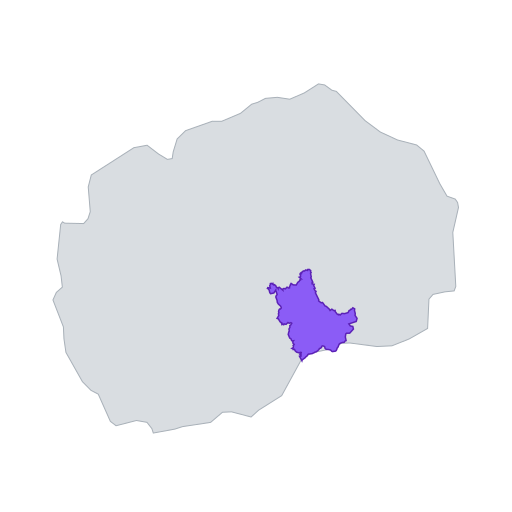 Kavadartsi, Kavadartsi, North Macedonia shown in context, rotated 353°
{"feature_id": "65306769B96152204239158", "entity_name": "Kavadartsi", "entity_type": "district", "adm_level": 2, "iso_a3": "MKD", "parent_name": "North Macedonia", "parent_adm1": "Kavadartsi", "projection": "mercator", "projection_center": [22.001, 41.309], "detail": "fine", "context": "in_parent", "style": "filled", "palette": "violet", "viewbox_px": 512, "rotation_deg": 353, "n_neighbors": 0, "source": "geoboundaries", "source_scale": "gbopen_adm2", "svg_char_len": 4291}
<svg xmlns="http://www.w3.org/2000/svg" viewBox="0 0 512 512"><g transform="rotate(353 256 256)"><path d="M229.4,117.0L238.4,118.1L258.0,112.5L270.2,104.8L276.4,103.7L284.6,100.7L296.5,101.1L308.6,104.5L323.9,100.0L339.0,92.8L345.0,94.6L351.5,100.7L355.8,102.4L380.8,135.0L394.5,148.1L410.6,158.1L429.0,165.4L435.6,172.4L447.3,206.8L452.9,219.9L460.7,223.8L462.6,227.5L462.9,232.5L454.2,256.6L450.6,310.5L448.4,314.8L439.2,314.6L427.0,315.7L422.4,319.9L417.5,348.8L397.9,357.0L380.0,361.7L365.0,360.6L338.6,353.8L330.0,353.0L322.6,356.9L299.1,359.0L288.7,364.0L264.5,397.7L239.9,409.3L231.5,415.2L212.7,407.7L203.7,407.0L190.7,415.6L162.2,416.4L154.5,417.9L132.5,419.2L131.6,414.6L127.5,407.8L117.3,404.7L96.4,407.4L91.3,402.4L82.6,373.9L75.9,369.3L68.4,359.6L55.6,328.5L55.3,314.8L56.2,302.9L49.1,274.9L53.4,267.8L60.0,263.3L60.1,252.0L58.2,234.8L66.0,200.9L68.1,198.5L70.1,200.1L88.9,202.8L93.8,198.5L96.9,191.8L97.9,167.0L102.4,155.5L148.0,133.6L161.4,132.8L171.7,142.9L179.8,149.3L184.7,149.1L186.5,142.6L192.0,130.2L201.4,123.0L229.1,116.9L229.4,117.0Z" fill="#d9dde1" stroke="#a8b0b8" stroke-width="1"/><path d="M316.7,310.8L316.2,310.2L315.0,310.4L312.7,308.2L313.0,307.1L310.5,299.8L311.3,298.4L310.5,297.8L309.6,295.6L310.7,295.2L309.6,292.3L310.3,291.2L308.3,290.5L308.5,289.1L309.2,288.9L307.7,284.2L308.3,283.5L308.0,280.0L308.7,279.1L308.2,278.4L308.5,277.1L307.2,275.8L305.7,275.7L305.4,276.6L303.6,275.9L302.4,276.8L301.1,276.6L299.7,277.7L299.2,277.7L297.9,278.6L298.7,279.2L297.5,279.8L297.9,281.3L297.5,282.1L296.3,282.3L297.9,284.1L297.4,284.0L297.2,285.2L296.6,285.1L295.8,286.4L294.3,287.2L292.4,289.7L289.4,289.2L287.5,287.5L286.6,288.6L286.6,289.3L285.6,290.3L285.4,291.7L284.5,291.8L283.0,290.7L281.1,292.2L279.8,291.6L278.8,291.9L278.3,292.3L278.4,293.1L275.2,289.8L274.2,290.2L274.0,291.0L273.7,290.2L272.4,289.4L272.1,288.1L270.9,286.7L270.3,287.0L269.7,286.5L269.5,285.7L269.3,286.1L267.9,285.0L266.9,285.1L266.9,285.9L266.0,287.1L266.3,289.6L263.9,288.8L263.4,289.6L264.0,289.9L264.9,291.4L265.2,294.0L265.9,295.2L269.2,294.9L271.4,292.3L271.3,293.4L271.7,293.7L272.3,296.8L270.9,298.3L270.7,299.3L271.5,302.6L271.5,304.6L272.3,306.4L274.3,308.7L274.8,310.4L274.5,311.0L273.7,311.6L272.9,311.5L272.1,312.5L271.6,314.0L271.8,315.1L271.2,316.0L271.3,317.9L269.3,320.5L270.5,321.1L271.9,324.3L273.4,325.6L273.1,325.9L273.4,327.3L274.5,326.8L275.2,327.6L275.9,326.9L277.5,327.5L279.6,325.9L280.7,326.8L282.5,326.4L283.3,327.1L282.0,328.8L281.1,329.1L281.0,330.9L279.8,332.5L279.9,334.6L279.3,335.3L278.4,337.8L279.5,341.6L280.7,342.6L281.0,344.2L281.6,344.7L282.8,344.7L282.2,345.3L282.0,346.9L283.1,348.4L282.0,349.3L282.3,349.6L281.8,351.5L280.4,352.1L281.3,352.6L281.5,353.4L282.8,353.3L283.3,354.9L284.6,356.4L287.0,357.4L288.3,357.0L289.2,357.3L289.1,357.7L288.2,357.8L288.4,358.4L287.7,358.9L288.7,359.5L288.4,360.8L287.6,360.5L286.9,360.7L288.8,365.6L289.0,365.1L289.2,364.9L289.3,364.7L289.5,364.6L291.0,363.7L291.9,363.3L292.6,362.7L293.6,361.9L294.4,361.5L295.0,360.8L295.5,360.1L296.1,359.7L296.5,359.7L297.4,359.8L298.4,359.7L299.6,359.8L300.8,359.4L301.9,359.1L302.1,359.0L302.5,358.7L303.0,358.6L303.9,358.5L305.5,357.7L307.2,356.4L307.6,355.6L308.4,355.4L308.8,355.4L309.2,355.2L309.5,354.9L309.8,354.7L310.0,354.5L310.0,354.2L310.1,353.7L311.0,353.3L312.2,353.7L312.6,353.9L312.7,354.1L313.2,354.6L313.2,354.8L313.2,355.3L313.2,355.8L313.5,356.3L314.3,357.2L315.3,357.4L316.8,357.7L318.3,358.3L318.5,358.4L318.9,358.8L319.4,359.6L319.7,359.9L320.6,360.3L321.4,360.1L321.8,360.1L322.9,360.2L323.9,359.8L324.5,359.0L324.8,358.5L325.1,357.7L325.4,357.2L325.9,356.8L326.5,356.1L327.1,354.8L327.8,353.7L328.0,353.4L328.4,353.2L328.8,353.0L330.1,352.6L330.5,352.5L330.9,352.4L331.4,352.3L331.9,352.4L332.7,352.4L333.2,352.3L333.4,352.0L334.1,351.2L334.9,350.9L335.1,350.9L334.8,347.3L335.6,344.3L336.5,343.7L339.6,344.0L343.8,340.4L343.5,337.7L341.1,336.9L339.9,334.7L347.5,333.2L348.7,330.2L347.1,327.1L347.5,325.1L347.1,322.2L347.5,320.5L345.8,319.2L344.3,320.6L343.5,320.4L342.5,321.4L341.7,321.5L340.5,323.4L336.8,324.0L334.3,323.4L332.3,324.8L331.2,323.9L330.7,324.4L329.5,323.6L327.7,320.5L327.9,319.7L326.5,319.6L324.8,318.0L322.9,319.1L322.3,317.7L319.7,314.6L318.4,314.0L316.7,310.8Z" fill="#8b5cf6" stroke="#5b21b6" stroke-width="1.5"/></g></svg>